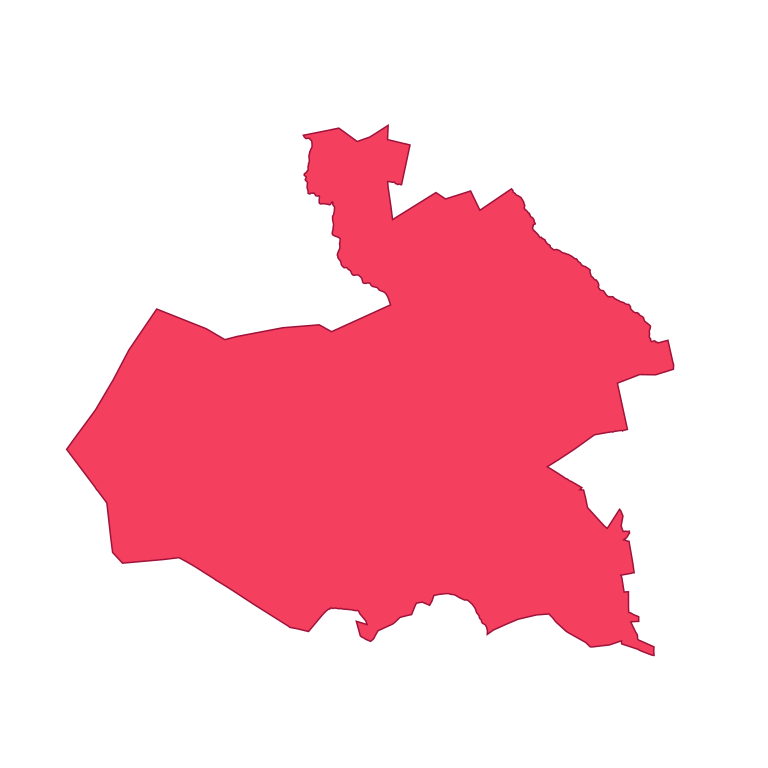 the district of Laikipia East, Rift Valley, Kenya, rotated 278°
{"feature_id": "3690345B37822361502294", "entity_name": "Laikipia East", "entity_type": "district", "adm_level": 2, "iso_a3": "KEN", "parent_name": "Kenya", "parent_adm1": "Rift Valley", "projection": "albers", "projection_center": [36.521, 0.35], "detail": "fine", "context": "isolated", "style": "filled", "palette": "rose", "viewbox_px": 768, "rotation_deg": 278, "n_neighbors": 0, "source": "geoboundaries", "source_scale": "gbopen_adm2", "svg_char_len": 6169}
<svg xmlns="http://www.w3.org/2000/svg" viewBox="0 0 768 768"><g transform="rotate(278 384 384)"><path d="M150.4,521.1L155.6,526.6L163.3,538.8L169.6,549.3L176.5,567.0L179.2,579.3L176.0,583.5L172.4,587.2L164.5,598.7L163.1,601.8L156.5,618.8L155.9,620.0L152.5,624.6L152.4,625.6L152.8,627.6L157.0,643.6L162.7,654.9L159.7,655.5L156.6,672.7L155.9,674.0L155.2,676.4L152.9,686.4L152.8,689.2L157.0,688.3L161.3,687.9L165.5,673.3L165.5,672.6L166.6,670.7L169.3,670.2L171.2,669.6L173.1,667.9L182.2,661.8L182.9,661.6L184.4,669.3L189.0,668.6L190.4,663.0L191.4,660.8L192.0,658.1L197.6,657.1L212.3,655.0L211.4,650.7L225.3,646.5L227.6,645.1L231.0,655.4L231.7,656.7L231.9,658.0L241.6,655.2L262.4,648.5L262.2,647.2L263.0,644.7L263.1,643.0L265.6,645.6L266.4,646.1L269.8,647.4L270.6,647.9L272.4,647.3L271.8,645.5L271.8,644.6L271.9,643.8L271.2,641.5L273.8,639.9L276.6,638.6L286.5,639.0L291.4,636.1L292.7,634.7L272.1,625.2L274.2,621.7L290.0,602.7L298.9,599.6L306.8,596.4L306.5,592.7L308.9,594.4L313.6,583.0L313.9,581.4L315.4,578.7L315.8,576.9L319.6,569.0L324.8,557.2L333.8,567.9L345.8,581.5L363.0,599.5L367.0,611.7L368.4,616.4L368.2,617.2L369.1,618.7L370.5,623.4L371.1,626.1L370.7,626.8L371.3,627.4L372.9,631.4L417.3,615.0L428.9,635.8L430.9,651.7L438.9,668.5L443.2,668.2L446.6,666.7L466.8,659.1L462.7,649.3L463.2,648.8L463.6,648.1L463.3,647.2L464.4,646.2L464.1,644.8L463.2,643.2L463.5,642.6L464.8,641.7L465.6,641.9L467.5,640.1L468.2,639.9L470.5,640.1L471.4,639.7L472.8,639.4L474.9,639.5L475.7,639.9L478.5,639.8L479.7,638.2L480.1,637.2L480.8,636.5L481.0,635.7L482.5,633.4L483.8,632.6L485.4,632.0L486.0,631.4L486.8,630.2L487.4,628.3L488.3,627.1L489.0,626.6L489.0,625.8L489.7,625.5L489.9,624.6L489.5,623.3L490.2,620.8L490.9,620.3L492.0,618.6L492.5,618.1L493.1,617.6L494.4,617.5L495.8,616.6L496.9,615.1L496.7,614.2L496.8,612.7L497.3,611.0L497.8,610.5L498.0,609.9L498.5,606.5L499.4,604.6L499.7,603.0L500.4,601.7L500.6,600.6L502.2,598.7L502.2,597.2L501.6,595.6L502.0,594.9L501.6,594.0L502.9,592.0L506.6,588.6L507.0,588.0L506.9,586.0L507.4,584.8L509.7,582.7L510.5,582.6L511.1,583.1L513.5,582.3L516.5,579.9L516.4,578.9L517.2,577.2L518.4,576.2L519.8,574.0L522.4,573.0L523.1,572.5L523.9,572.3L525.1,572.4L525.8,572.1L528.2,567.3L528.8,563.9L530.5,562.1L531.2,561.6L532.5,559.0L533.3,558.6L534.7,557.2L534.6,555.8L536.6,552.1L538.0,548.4L538.2,545.8L538.6,545.3L538.8,542.6L539.4,541.3L540.2,540.0L540.6,539.1L541.2,536.6L541.1,535.5L540.5,534.1L540.5,533.3L541.5,531.8L542.5,529.7L544.3,529.2L545.7,526.0L546.8,525.2L547.9,523.7L548.7,523.7L549.3,523.1L550.0,521.3L550.0,520.5L551.2,519.5L550.9,518.5L551.1,517.6L553.3,515.9L554.2,514.6L554.8,514.1L555.2,513.3L556.0,512.5L556.3,511.5L556.9,511.2L557.7,510.0L559.4,509.4L560.1,509.4L560.7,509.8L562.3,509.6L563.0,510.1L563.1,511.1L563.8,511.5L565.8,510.1L566.8,509.9L567.8,509.4L569.4,507.9L570.1,505.9L571.9,505.0L572.1,504.4L572.8,504.4L573.4,504.0L573.5,503.2L575.2,501.5L576.7,499.2L577.3,498.6L578.0,498.2L579.7,498.6L580.5,498.5L581.8,497.6L583.2,497.3L585.7,495.4L587.8,493.6L589.1,490.6L589.6,488.5L590.9,487.4L591.8,485.4L592.4,484.9L593.4,484.9L595.0,483.1L569.4,454.8L587.2,442.9L575.8,419.2L580.8,408.8L548.0,369.6L560.2,366.3L579.4,360.7L585.0,359.4L585.1,363.0L584.9,363.9L585.0,364.8L585.4,365.5L585.0,366.8L584.1,367.3L583.9,369.0L583.4,369.9L583.9,370.7L584.1,371.9L583.7,372.9L583.8,373.6L624.3,376.5L626.5,353.5L640.7,352.1L626.6,335.6L620.4,323.7L631.1,303.7L619.1,269.5L617.4,270.8L616.2,272.4L616.4,273.6L616.8,274.5L616.7,276.2L615.9,276.7L615.1,278.0L614.2,278.7L611.2,279.4L609.1,279.7L608.1,279.6L606.3,278.9L603.2,278.1L601.6,278.2L600.3,277.9L599.3,277.9L596.2,278.7L593.4,279.1L592.6,279.0L592.1,278.5L590.1,278.8L589.2,278.5L588.4,278.5L586.3,279.0L585.3,278.9L582.5,277.5L581.3,276.1L580.6,275.8L579.7,275.9L579.2,276.5L578.4,278.0L577.8,278.3L575.6,277.5L574.7,277.9L573.7,279.6L573.0,280.1L567.6,280.5L564.6,282.0L562.2,282.3L561.9,283.3L561.9,284.2L562.9,285.2L563.2,288.5L560.9,290.2L560.8,292.1L561.2,292.9L561.1,293.9L560.1,294.1L558.5,294.1L554.7,294.5L553.9,295.0L553.6,295.8L553.5,296.5L554.2,299.0L554.1,304.1L553.8,304.9L554.3,305.9L556.5,306.9L557.1,307.5L556.7,308.1L554.8,308.2L554.0,308.7L552.5,310.4L549.1,310.7L544.8,310.6L542.9,309.7L539.3,310.3L534.9,311.9L531.8,311.8L530.7,311.9L529.9,312.3L529.1,311.8L525.7,311.7L524.8,312.3L524.3,312.9L523.5,315.3L523.2,317.6L522.4,319.3L522.2,319.9L521.5,320.4L519.2,320.6L516.9,320.4L514.3,321.2L512.5,321.3L511.6,321.2L509.9,320.6L507.3,320.0L505.9,319.8L504.9,319.9L504.0,320.5L502.6,320.8L499.9,323.4L499.7,324.0L496.8,324.9L496.0,325.3L494.3,327.1L493.6,328.4L494.1,330.4L493.6,331.4L492.3,333.1L492.0,334.3L490.7,335.6L488.8,336.6L487.8,337.7L487.4,338.5L487.5,339.4L488.4,342.1L488.0,344.2L485.9,346.9L484.2,347.9L482.9,348.3L481.2,349.3L481.0,350.2L481.0,351.3L481.1,352.1L481.8,353.5L481.9,355.9L479.7,357.7L479.0,359.1L478.6,363.8L476.7,365.8L476.2,366.6L475.4,370.1L475.0,371.3L473.9,373.2L470.7,375.7L463.3,379.5L428.5,324.8L433.6,311.6L425.7,276.2L410.7,232.1L405.8,220.2L414.0,200.3L426.6,148.5L382.1,126.6L350.8,115.4L318.2,101.9L283.5,83.2L275.1,78.8L241.9,112.0L239.7,113.8L238.2,115.6L227.6,126.1L193.0,135.0L179.4,138.7L170.2,150.0L179.6,190.5L183.5,205.1L180.7,212.7L177.3,221.1L167.1,243.7L166.4,244.7L165.1,247.9L160.2,259.1L147.0,287.2L131.4,321.9L130.6,323.6L129.9,324.5L129.6,331.3L128.4,343.7L146.2,354.8L150.7,357.9L153.5,360.6L153.5,361.6L154.9,362.4L154.6,364.6L155.3,366.4L155.2,370.5L155.3,371.3L155.8,371.9L155.4,373.3L155.9,383.3L155.6,387.4L156.1,389.7L155.0,390.9L153.1,392.1L147.2,398.6L146.6,399.1L143.4,400.7L145.2,389.6L131.3,395.6L130.3,397.2L129.6,399.5L128.6,401.5L127.3,406.6L130.0,409.0L131.3,409.7L132.7,410.0L138.8,412.4L147.5,426.0L149.4,427.9L155.1,432.3L158.2,439.8L159.5,443.4L168.0,445.5L171.5,446.6L173.3,452.2L171.2,460.0L176.0,461.8L181.5,462.8L183.2,467.4L185.1,474.7L185.4,477.5L185.0,479.4L185.1,483.1L182.9,488.6L181.6,492.7L181.3,494.1L181.7,495.7L181.3,497.3L178.4,501.8L174.8,505.3L170.5,507.5L167.7,510.4L165.6,511.1L164.8,511.9L163.9,513.2L162.1,513.7L161.3,514.3L160.7,515.0L159.8,517.5L158.5,518.7L156.6,519.8L153.8,520.8L150.4,521.1Z" fill="#f43f5e" stroke="#9f1239" stroke-width="1.5"/></g></svg>